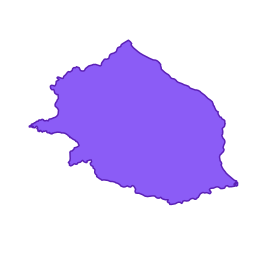 the district of Iliomar, Lautém, East Timor, rotated 257°
{"feature_id": "22284137B19934279863207", "entity_name": "Iliomar", "entity_type": "district", "adm_level": 2, "iso_a3": "TLS", "parent_name": "East Timor", "parent_adm1": "Lautém", "projection": "equal_earth", "projection_center": [126.838, -8.666], "detail": "fine", "context": "isolated", "style": "filled", "palette": "violet", "viewbox_px": 256, "rotation_deg": 257, "n_neighbors": 0, "source": "geoboundaries", "source_scale": "gbopen_adm2", "svg_char_len": 5753}
<svg xmlns="http://www.w3.org/2000/svg" viewBox="0 0 256 256"><g transform="rotate(257 128 128)"><path d="M44.2,151.6L43.8,152.9L43.6,156.4L43.6,157.2L44.2,159.2L44.3,160.5L43.8,162.3L42.6,163.1L42.6,163.5L42.9,164.1L44.2,165.0L44.4,165.4L44.4,167.1L43.8,168.2L43.5,170.1L43.7,171.2L44.5,172.4L44.8,173.4L44.9,174.6L44.7,175.7L43.5,177.2L43.4,178.0L43.6,178.9L44.2,179.4L44.7,180.9L47.2,183.2L47.8,184.1L48.3,186.1L48.2,186.8L47.4,188.2L47.4,189.8L46.9,191.0L45.7,192.7L45.7,193.3L46.3,194.1L46.7,194.4L47.1,194.4L48.1,194.1L48.3,193.6L49.7,193.5L50.2,194.1L50.6,195.2L50.2,197.8L50.6,200.0L50.7,201.1L50.5,202.1L49.8,203.2L48.1,204.7L47.8,206.0L47.7,207.8L47.8,208.6L49.0,209.7L49.5,210.7L49.4,212.0L49.1,212.3L48.5,212.5L48.0,213.2L47.5,215.7L47.3,219.0L48.9,218.7L49.5,218.8L50.0,219.4L50.4,220.4L51.9,221.8L52.1,221.7L52.9,220.2L53.7,219.4L59.6,215.0L62.2,213.3L62.7,213.2L66.3,211.5L68.6,210.8L70.5,210.5L71.3,210.5L71.8,211.1L72.6,211.3L74.0,211.0L75.4,210.4L78.8,210.6L79.9,210.9L81.4,212.0L81.7,213.0L82.2,213.7L82.9,214.4L83.3,215.4L84.3,216.2L85.3,216.7L85.7,216.7L86.9,216.3L87.8,216.3L90.0,217.6L91.2,218.6L92.4,219.2L93.5,219.4L94.8,219.2L96.9,218.2L98.9,217.8L99.9,217.8L100.5,218.6L102.1,219.3L102.7,219.1L103.0,219.5L104.9,219.7L105.5,219.6L106.3,219.8L106.7,220.3L107.5,221.8L108.0,222.4L109.0,222.9L109.9,223.1L110.2,223.6L110.6,223.4L113.3,223.9L114.4,223.3L115.7,221.7L117.5,221.2L117.7,220.9L117.9,220.2L118.7,219.8L120.8,219.1L121.5,219.0L122.7,219.1L123.4,219.5L124.0,218.7L125.7,217.6L128.9,216.9L129.8,217.0L130.6,216.3L132.9,216.3L133.4,216.1L134.6,216.0L136.7,214.5L138.8,212.5L142.8,210.0L146.3,207.0L147.3,206.5L148.8,204.9L149.1,204.1L149.5,203.7L150.0,202.0L152.7,197.8L153.2,197.3L155.0,196.4L156.5,194.2L157.4,192.5L159.1,190.5L161.2,187.2L162.5,186.0L163.4,185.7L164.9,184.6L165.5,183.9L166.4,181.9L166.8,181.4L167.9,180.7L168.7,180.5L170.8,179.4L172.5,177.6L174.0,176.3L177.8,173.7L179.9,173.9L181.1,173.7L182.7,174.1L183.8,173.4L184.6,173.3L184.7,172.9L185.7,172.5L187.1,171.3L187.9,170.1L188.7,167.8L191.3,164.3L195.8,159.0L198.6,156.1L199.2,155.7L199.3,155.5L204.8,151.4L206.8,150.3L208.2,149.8L209.0,150.1L209.4,150.5L210.3,150.2L211.4,149.7L213.3,148.3L213.4,148.0L211.3,141.6L210.9,140.7L210.3,139.9L209.0,139.2L208.7,136.8L208.4,136.0L207.3,135.1L205.7,134.2L204.9,133.4L204.2,131.1L204.1,128.9L203.8,127.6L203.0,126.5L200.3,125.0L200.0,124.6L199.8,122.4L200.3,121.3L200.2,120.3L197.5,117.2L196.4,116.5L195.5,116.3L195.0,115.7L194.8,114.8L197.2,110.8L197.7,108.5L197.4,107.0L197.3,103.8L195.5,100.0L194.0,98.7L193.6,98.0L193.6,97.0L194.2,95.3L194.7,94.8L195.4,94.4L197.6,94.0L197.9,93.7L199.2,91.6L198.8,90.8L198.6,90.2L199.0,89.0L198.8,88.3L198.2,87.4L196.6,86.5L195.8,84.5L195.7,84.0L196.3,82.9L196.0,81.7L193.9,79.2L192.8,77.1L191.2,76.1L191.0,75.7L191.1,75.1L191.7,74.0L193.3,71.6L193.4,71.0L193.2,70.5L192.9,70.2L192.6,70.2L190.7,71.5L190.4,71.3L189.6,68.6L187.1,67.7L185.7,66.5L185.5,66.0L185.6,65.5L186.2,64.8L186.8,63.2L186.8,62.8L186.3,61.9L185.6,61.6L183.8,61.6L182.3,62.6L182.2,64.1L181.6,64.4L178.7,64.5L178.4,64.6L176.6,66.0L176.4,67.1L176.1,67.3L172.4,66.8L171.3,65.4L170.0,64.6L169.0,63.4L168.0,62.6L166.9,62.1L165.6,62.0L163.0,63.8L161.1,64.3L157.7,63.2L156.6,62.6L155.4,61.0L154.8,59.5L154.7,57.9L154.2,55.4L154.4,53.4L154.2,53.0L153.0,52.0L153.0,51.6L153.7,50.6L153.6,49.5L153.7,48.5L154.3,47.6L154.5,47.7L155.0,47.4L155.6,46.8L155.7,45.6L155.3,44.7L155.8,43.4L155.7,42.9L155.5,42.5L155.0,42.3L154.8,41.8L155.0,40.7L154.9,40.1L154.1,39.1L154.1,38.0L153.4,36.7L153.5,35.4L153.3,34.9L153.0,34.9L152.6,34.2L152.0,32.3L151.4,32.1L151.0,32.6L151.3,34.1L151.6,34.7L151.4,35.2L150.9,35.8L150.2,34.9L149.9,35.3L149.2,37.1L149.2,37.6L150.1,38.6L150.3,39.1L150.1,39.6L148.4,40.0L148.3,39.5L148.0,39.2L147.0,39.7L146.8,39.9L145.5,39.6L145.3,40.3L144.7,40.4L144.5,40.8L144.6,41.2L145.3,41.5L145.2,42.4L144.6,42.6L143.3,43.6L143.4,44.0L143.8,44.5L143.9,45.0L143.5,45.8L143.6,46.5L143.7,46.9L143.2,48.0L142.5,47.9L141.8,48.2L141.4,48.9L141.4,49.3L140.9,50.1L141.1,50.6L140.3,50.8L139.6,51.8L139.4,52.7L139.6,53.2L139.9,53.2L139.8,54.1L140.0,55.7L139.8,56.8L139.9,57.2L139.8,58.4L139.0,60.9L138.1,62.2L137.8,63.7L137.2,65.1L136.7,65.8L134.7,67.8L133.8,68.1L132.7,69.4L132.2,69.2L131.9,69.2L131.1,70.5L129.7,71.6L128.8,72.7L127.6,74.0L126.7,74.2L126.2,75.1L124.5,76.0L123.3,76.1L122.3,76.4L121.8,76.3L121.3,75.2L120.8,73.5L120.8,71.5L120.6,71.1L119.8,70.8L118.6,69.0L118.3,68.5L118.3,67.1L118.1,66.5L117.3,65.9L116.7,66.0L116.4,65.8L111.1,64.8L109.2,64.0L107.8,62.2L107.6,62.2L106.5,63.0L105.0,62.6L104.1,63.4L104.0,64.0L104.2,65.1L105.2,67.6L105.1,68.1L104.4,69.0L104.3,70.2L105.4,71.4L105.4,73.9L106.6,76.1L106.6,76.6L104.9,77.6L103.7,79.4L103.7,80.2L104.3,80.6L104.8,80.5L105.1,80.7L105.3,83.2L105.4,83.7L105.1,84.9L103.3,84.9L102.6,84.3L102.3,83.4L101.6,83.2L100.3,83.4L99.6,83.8L98.6,85.1L98.1,85.2L96.9,85.0L96.0,85.8L95.2,86.3L94.4,86.3L92.8,85.7L91.7,85.6L90.2,86.1L89.0,86.9L87.9,86.6L87.4,86.8L85.7,88.4L85.1,88.7L84.2,90.0L83.3,90.5L83.0,91.0L82.9,92.8L81.4,96.7L79.9,98.8L79.3,101.0L78.2,103.1L77.5,103.6L76.1,106.0L75.8,106.1L74.9,107.1L73.0,108.1L71.6,110.2L71.3,111.7L71.7,114.3L71.5,114.7L70.8,115.3L69.9,117.0L70.0,117.6L70.9,119.1L70.8,119.7L69.8,120.7L66.7,121.7L65.8,121.1L64.4,120.6L63.1,120.8L62.5,121.9L61.9,124.1L59.9,127.0L57.8,129.3L57.6,129.7L56.8,131.6L56.4,136.1L56.1,137.7L55.5,139.0L54.8,139.3L53.5,140.4L53.1,141.0L52.8,141.9L52.7,142.9L53.1,144.3L52.8,144.6L51.9,145.0L51.0,145.9L49.7,148.2L49.1,150.8L48.6,150.7L47.6,149.9L47.3,149.8L46.2,150.5L45.7,151.4L44.2,151.6ZM48.6,219.5L47.7,220.5L47.1,220.7L47.3,221.5L47.8,222.0L48.6,222.0L49.7,222.5L50.4,222.3L50.3,221.6L49.7,220.7L49.5,220.0L49.2,219.6L48.6,219.5Z" fill="#8b5cf6" stroke="#5b21b6" stroke-width="1.5"/></g></svg>